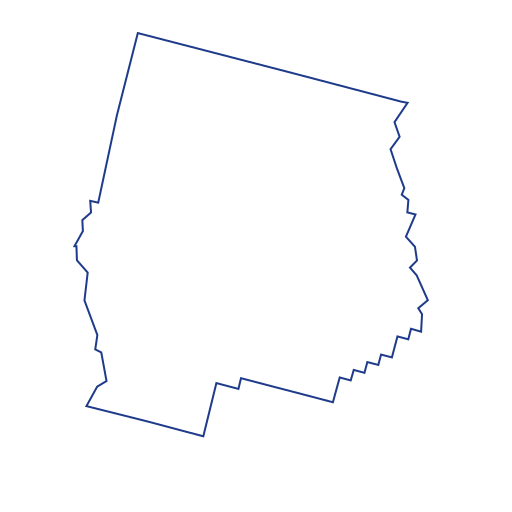 the district of Stoddard, Missouri, United States of America, rotated 194°
{"feature_id": "52423323B58883405017041", "entity_name": "Stoddard", "entity_type": "district", "adm_level": 2, "iso_a3": "USA", "parent_name": "United States of America", "parent_adm1": "Missouri", "projection": "robinson", "projection_center": [-90.02, 36.877], "detail": "fine", "context": "isolated", "style": "outline", "palette": "blue", "viewbox_px": 512, "rotation_deg": 194, "n_neighbors": 0, "source": "geoboundaries", "source_scale": "gbopen_adm2", "svg_char_len": 847}
<svg xmlns="http://www.w3.org/2000/svg" viewBox="0 0 512 512"><g transform="rotate(194 256 256)"><path d="M169.2,133.0L146.0,132.7L145.4,158.4L134.0,158.2L133.6,169.1L122.5,168.9L122.3,180.0L111.0,179.9L110.8,190.6L99.6,190.5L99.3,212.2L88.1,212.0L88.0,222.9L77.5,222.5L80.8,239.7L85.9,244.6L78.6,254.7L95.4,276.1L103.8,282.0L98.7,290.6L104.0,303.4L115.2,311.0L111.3,334.9L119.7,334.9L121.7,347.3L129.4,350.7L128.5,357.7L140.8,375.6L151.3,392.2L145.5,406.4L154.0,419.4L146.0,441.3L152.5,440.9L264.0,442.3L424.6,443.7L425.0,359.0L422.0,269.6L430.2,269.4L426.6,258.3L433.2,248.8L430.0,238.3L434.5,221.6L432.6,222.0L428.7,208.5L415.3,199.2L411.7,171.4L390.8,140.9L389.4,126.5L382.8,125.0L370.8,98.5L378.5,90.8L384.2,69.3L321.2,69.2L263.5,68.3L263.7,123.1L240.9,122.8L241.0,133.8L169.2,133.0Z" fill="none" stroke="#1e3a8a" stroke-width="2"/></g></svg>